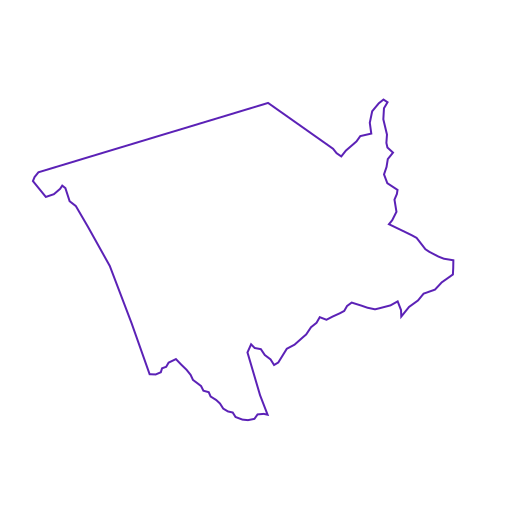 outline of Capivari do Sul, Rio Grande do Sul, Brazil, rotated 340°
{"feature_id": "56859067B15190363364633", "entity_name": "Capivari do Sul", "entity_type": "district", "adm_level": 2, "iso_a3": "BRA", "parent_name": "Brazil", "parent_adm1": "Rio Grande do Sul", "projection": "robinson", "projection_center": [-50.485, -30.147], "detail": "fine", "context": "isolated", "style": "outline", "palette": "violet", "viewbox_px": 512, "rotation_deg": 340, "n_neighbors": 0, "source": "geoboundaries", "source_scale": "gbopen_adm2", "svg_char_len": 1562}
<svg xmlns="http://www.w3.org/2000/svg" viewBox="0 0 512 512"><g transform="rotate(340 256 256)"><path d="M396.2,269.0L403.1,262.5L405.4,250.4L409.6,245.9L411.6,242.3L404.3,232.5L404.2,223.1L409.1,217.0L413.0,210.0L420.1,205.7L416.6,199.0L417.2,194.3L420.6,186.7L422.4,171.1L426.8,160.9L432.2,156.5L429.3,152.6L423.6,154.5L414.7,159.7L408.5,169.7L406.2,180.4L395.0,179.0L389.6,182.7L376.5,187.7L370.2,191.6L366.9,187.0L365.1,181.6L319.7,116.3L80.2,102.9L74.9,106.1L72.0,109.3L78.7,128.6L87.2,128.8L94.9,125.9L98.0,123.6L100.1,127.0L99.6,140.8L103.8,147.5L108.1,171.3L115.2,215.4L116.1,276.6L115.6,330.7L121.2,333.0L126.8,332.7L129.3,329.4L133.7,329.4L137.4,326.3L145.5,325.5L148.5,332.3L151.8,339.1L153.9,345.3L154.4,350.9L159.9,359.4L160.5,364.6L165.0,367.8L165.3,372.5L169.4,377.8L171.7,382.3L173.0,388.2L176.5,392.5L180.6,395.1L181.7,400.3L187.3,405.1L192.3,407.5L198.8,408.5L203.3,405.4L209.3,407.0L212.6,409.1L212.2,388.2L215.0,343.7L221.2,337.3L223.3,342.0L228.7,345.2L230.4,352.1L234.3,358.1L235.7,364.6L240.5,363.7L253.2,353.7L261.9,352.5L269.5,349.5L272.8,348.2L276.3,346.9L283.4,341.7L290.0,339.5L295.0,335.3L300.4,340.0L307.4,339.1L315.2,338.5L320.1,337.8L324.5,334.1L330.0,332.5L333.5,335.2L338.1,338.7L343.0,342.7L349.6,346.8L353.9,347.3L365.5,348.4L373.6,347.1L373.8,356.4L371.8,362.6L382.4,356.2L393.0,353.2L400.6,348.7L412.7,348.8L421.5,344.3L434.7,340.7L437.2,334.8L440.0,327.5L431.6,322.8L427.2,318.9L420.4,311.5L417.5,307.6L413.1,293.9L409.5,289.8L399.6,279.6L391.8,271.6L396.2,269.0Z" fill="none" stroke="#5b21b6" stroke-width="2"/></g></svg>